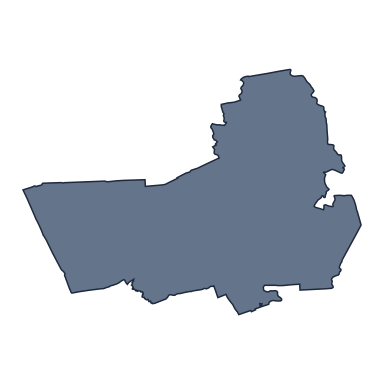 outline of Sarbii - Magura, Olt, Romania
{"feature_id": "2599482B40554903092578", "entity_name": "Sarbii - Magura", "entity_type": "district", "adm_level": 2, "iso_a3": "ROU", "parent_name": "Romania", "parent_adm1": "Olt", "projection": "equal_earth", "projection_center": [24.696, 44.548], "detail": "fine", "context": "isolated", "style": "filled", "palette": "slate", "viewbox_px": 384, "rotation_deg": 0, "n_neighbors": 0, "source": "geoboundaries", "source_scale": "gbopen_adm2", "svg_char_len": 5996}
<svg xmlns="http://www.w3.org/2000/svg" viewBox="0 0 384 384"><path d="M331.8,288.3L332.1,287.9L333.0,287.5L333.2,287.0L332.8,285.8L331.7,284.2L332.2,281.2L332.0,280.6L331.5,279.8L331.5,279.2L332.3,277.8L332.7,277.3L335.6,275.8L337.9,275.2L338.9,274.5L339.6,271.8L340.5,271.2L341.0,269.8L340.9,269.4L339.3,267.9L339.5,266.5L340.6,263.7L341.9,261.5L342.2,259.9L357.3,232.2L360.9,225.4L361.0,224.7L357.3,211.5L356.7,210.2L355.7,205.5L354.7,202.2L354.0,200.2L353.4,198.9L351.7,195.8L351.2,195.3L346.9,195.3L344.5,195.7L339.3,195.3L334.4,195.6L334.2,195.7L334.1,196.1L334.9,198.2L335.0,199.6L334.6,200.7L333.5,202.7L332.9,204.0L332.9,204.5L333.2,206.2L333.1,206.4L332.6,206.6L329.4,206.2L328.0,205.8L325.7,204.8L324.6,205.0L324.1,205.2L323.9,205.5L324.0,207.4L323.7,209.5L323.5,209.8L320.6,208.8L316.9,207.8L314.6,206.9L314.2,206.4L314.2,206.0L314.9,204.4L316.7,201.8L318.2,199.8L321.1,197.8L321.7,196.2L322.0,195.9L322.6,195.7L323.0,195.9L323.5,197.0L323.9,197.4L324.5,197.5L325.0,197.4L325.2,196.8L325.3,195.6L326.2,193.1L326.4,191.6L326.9,191.1L328.7,189.9L329.0,189.4L328.9,189.0L327.0,187.4L324.9,183.2L324.5,180.3L324.5,178.6L324.8,177.1L325.7,174.6L323.6,172.4L323.7,172.2L325.5,172.2L326.5,172.0L330.7,169.9L332.4,169.4L334.4,170.0L340.8,172.9L342.0,173.2L342.8,172.5L344.3,169.4L344.2,168.9L343.0,168.0L342.9,167.6L343.1,167.4L344.4,166.8L344.8,166.3L344.8,165.7L343.0,163.2L341.9,161.3L341.6,160.1L341.6,157.6L341.3,155.3L340.5,154.9L338.3,154.8L337.7,154.4L336.3,152.2L334.3,150.0L333.8,149.2L333.6,148.4L333.9,145.8L333.8,145.4L333.3,145.0L332.7,144.8L328.1,144.3L327.7,143.8L327.4,141.3L327.7,140.4L327.7,138.4L327.1,131.0L326.8,125.3L326.8,124.5L326.4,123.1L326.0,118.4L325.1,116.7L325.0,116.1L325.0,114.7L324.8,114.1L325.0,113.5L324.9,112.6L325.5,112.2L325.6,111.9L324.6,111.3L324.3,111.0L323.9,109.7L323.8,107.2L323.2,106.6L321.3,105.7L320.3,105.6L318.0,104.5L316.9,103.7L316.7,103.2L316.7,102.9L317.2,100.6L316.9,99.1L315.2,97.6L312.7,97.1L312.0,96.6L311.7,96.2L311.3,95.1L311.4,94.3L313.3,92.1L313.8,91.4L313.9,90.7L312.2,87.9L311.0,86.6L310.8,85.9L309.8,84.4L307.1,81.8L306.0,80.3L305.0,78.4L303.2,76.1L302.1,75.7L301.2,75.6L294.5,76.3L292.8,76.0L292.0,75.7L290.5,74.6L290.2,73.9L290.2,72.6L290.8,70.7L290.8,69.9L290.4,69.6L290.0,69.4L279.3,71.2L267.6,73.4L248.7,76.6L248.4,76.2L248.1,76.2L246.1,76.5L243.7,77.2L241.4,78.8L240.6,80.0L241.6,80.3L242.5,81.0L243.6,82.5L243.7,83.1L243.5,84.2L242.9,85.5L242.5,85.8L242.2,86.3L241.5,86.8L240.9,88.2L240.9,88.6L241.1,88.8L241.2,89.3L241.7,90.1L242.0,90.9L242.1,91.6L241.9,92.3L241.1,93.7L239.3,95.1L238.9,96.1L240.6,100.1L234.2,102.2L227.7,103.0L221.3,104.4L221.2,105.9L221.4,107.0L222.3,109.9L222.7,111.7L223.7,113.3L223.9,113.7L223.9,114.2L223.5,114.9L223.4,115.4L223.5,116.1L223.9,117.0L224.1,117.9L224.1,119.4L223.8,120.7L223.9,121.5L224.3,121.9L224.6,122.1L226.2,122.3L226.4,122.5L226.3,122.9L224.4,125.4L223.4,125.1L222.2,125.3L220.4,124.9L216.9,124.8L213.6,124.1L212.4,123.7L211.0,125.9L210.8,127.1L210.9,127.7L212.3,129.4L213.8,133.6L213.7,134.2L212.8,135.5L212.6,136.0L212.9,137.6L214.3,139.9L215.7,140.3L217.4,141.8L215.4,144.1L216.2,145.0L212.7,146.9L214.4,149.2L214.5,149.6L214.1,152.9L214.3,153.4L215.0,154.2L217.7,155.0L218.0,155.3L219.1,158.0L202.5,165.8L197.6,168.2L191.7,170.1L191.0,170.4L189.7,172.0L189.1,172.4L188.4,172.3L187.6,172.7L186.1,173.0L177.1,177.7L177.6,178.3L169.1,182.4L165.5,184.3L162.5,184.9L145.4,186.4L145.0,179.7L123.6,180.4L116.9,180.8L107.4,181.8L106.4,181.6L105.4,181.2L104.3,181.1L64.0,182.7L63.4,183.0L62.9,183.0L61.3,182.6L43.1,183.2L42.6,183.3L42.2,183.8L42.1,184.4L41.4,185.1L37.6,186.0L36.4,186.6L35.2,186.0L34.3,186.0L32.1,187.0L23.0,189.9L26.8,197.8L34.6,215.7L35.7,218.5L38.4,223.7L41.5,230.6L43.4,235.6L44.0,236.2L46.1,239.7L52.6,253.1L60.8,268.7L61.9,270.2L63.6,271.6L64.5,273.0L64.9,273.3L64.9,274.1L64.6,274.8L64.7,276.0L65.6,277.8L66.0,279.4L66.5,280.4L69.2,287.9L71.2,292.5L71.6,293.0L72.5,293.0L79.3,291.7L89.4,290.2L100.6,288.8L103.7,288.6L107.0,287.3L109.1,286.8L110.6,285.8L113.4,285.1L117.5,283.6L119.2,282.6L119.9,282.0L121.8,280.7L123.8,279.7L124.2,279.7L124.8,280.3L125.2,281.4L126.0,282.8L127.4,284.4L128.5,282.8L128.9,282.4L130.3,281.4L133.6,279.4L133.4,279.9L133.6,281.0L132.1,282.5L132.0,282.8L132.5,283.9L132.1,284.5L131.5,285.1L132.5,286.0L132.7,286.8L133.0,287.1L133.2,287.6L133.2,288.0L132.7,288.2L132.4,288.5L132.4,289.0L132.8,289.3L134.5,289.2L135.6,290.7L135.9,290.7L136.0,290.1L136.3,290.1L137.2,291.3L137.7,291.2L138.0,290.7L138.8,291.0L140.1,291.0L140.9,291.5L141.0,292.0L142.1,291.9L142.5,291.9L142.6,292.6L143.2,293.2L143.2,293.8L143.2,294.0L142.5,294.3L142.8,295.2L142.1,296.0L142.1,296.8L142.6,297.2L144.2,297.4L144.5,298.4L144.9,298.5L145.2,299.0L145.7,299.2L146.3,299.8L146.9,299.6L148.1,299.4L148.3,300.5L148.9,301.3L149.0,301.6L149.5,301.5L149.9,301.1L150.6,301.2L150.7,301.3L150.7,301.9L150.9,302.2L151.0,302.9L151.2,303.1L152.2,303.1L152.4,303.6L154.5,303.4L166.1,298.9L166.5,298.3L167.3,297.6L168.8,295.3L169.7,294.8L170.3,294.7L173.0,295.2L174.6,295.3L174.9,295.2L176.2,294.3L177.8,293.7L179.8,293.6L185.4,292.3L189.8,291.5L191.4,291.5L192.2,291.1L193.0,290.9L201.4,289.6L202.7,289.2L204.2,288.4L206.6,288.8L208.1,288.2L208.9,287.7L210.5,286.4L212.9,286.3L213.7,285.9L215.0,289.1L217.9,297.6L226.0,294.4L227.1,296.9L227.9,298.3L230.5,301.8L232.7,304.5L235.0,308.9L237.0,311.5L237.3,311.6L238.8,314.6L250.7,310.5L251.4,311.7L255.5,309.9L255.2,308.9L260.4,307.1L259.8,303.6L262.0,303.9L261.4,305.3L261.3,306.7L268.7,304.3L269.2,302.5L269.5,302.0L270.7,301.2L272.2,300.6L273.0,300.5L277.5,301.0L280.0,301.0L280.6,300.9L281.6,300.2L281.7,299.9L281.6,299.1L281.1,298.3L280.1,297.4L278.6,296.5L277.8,295.5L277.5,293.9L277.6,292.1L277.0,291.4L276.4,291.0L275.4,290.7L272.3,290.9L270.4,290.8L268.5,291.8L267.5,291.9L266.8,291.8L264.2,290.7L263.9,290.5L263.7,289.9L263.3,287.5L263.5,286.8L264.6,285.3L275.8,285.3L277.8,285.6L282.4,285.6L292.0,284.7L299.7,284.2L300.0,290.1L325.5,288.8L331.8,288.3Z" fill="#64748b" stroke="#1e293b" stroke-width="1.5"/></svg>